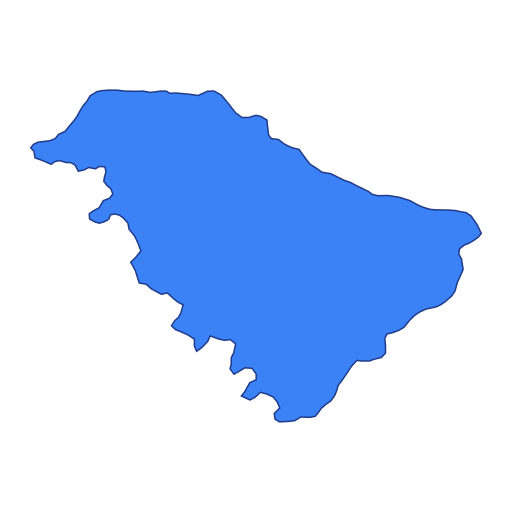 Guará, São Paulo, Brazil
{"feature_id": "56859067B28755744533037", "entity_name": "Guará", "entity_type": "district", "adm_level": 2, "iso_a3": "BRA", "parent_name": "Brazil", "parent_adm1": "São Paulo", "projection": "orthographic", "projection_center": [-47.789, -20.493], "detail": "fine", "context": "isolated", "style": "filled", "palette": "blue", "viewbox_px": 512, "rotation_deg": 0, "n_neighbors": 0, "source": "geoboundaries", "source_scale": "gbopen_adm2", "svg_char_len": 2716}
<svg xmlns="http://www.w3.org/2000/svg" viewBox="0 0 512 512"><path d="M481.3,233.4L477.3,225.0L474.5,220.8L471.1,216.0L466.0,212.6L461.2,211.8L455.6,210.6L449.3,210.1L435.0,209.8L430.0,209.3L423.5,207.4L418.2,205.2L409.9,200.6L399.8,197.4L388.0,195.5L377.8,195.7L372.3,194.4L368.5,191.5L362.6,188.6L357.1,186.0L350.3,182.4L344.4,180.4L337.2,176.9L330.9,173.7L321.9,172.2L316.5,168.3L309.9,164.1L301.9,153.5L299.1,149.4L293.9,148.2L289.6,146.7L284.3,144.0L278.5,139.5L271.4,138.6L268.6,135.0L267.4,125.4L267.0,120.0L260.5,116.3L255.9,115.3L248.6,117.5L242.0,117.5L235.7,112.9L231.7,107.9L228.7,103.9L225.4,100.0L221.5,95.2L213.9,91.0L207.2,91.3L198.1,95.5L189.9,94.3L176.1,93.0L169.9,93.3L166.1,91.1L160.1,91.1L155.2,91.9L149.9,92.4L143.1,91.1L135.3,91.3L124.9,91.1L117.8,90.2L109.8,90.1L102.4,90.6L97.0,91.6L90.1,95.8L86.8,101.5L83.9,104.7L80.5,109.9L76.7,116.9L73.4,121.3L69.7,125.6L65.3,131.2L58.5,134.4L55.1,138.7L49.5,140.8L44.4,141.4L37.9,142.2L33.6,144.3L30.7,147.8L34.0,151.3L35.0,157.9L42.2,160.4L46.8,162.4L51.2,164.3L54.8,161.6L59.5,160.6L66.5,162.6L70.8,162.6L75.1,165.1L78.3,171.2L84.3,169.8L88.7,167.5L95.5,168.8L99.2,166.5L105.0,166.8L105.9,172.2L104.5,176.9L103.8,181.4L106.9,185.3L111.0,189.0L112.8,194.0L109.6,198.2L103.4,200.6L99.1,207.8L93.0,211.0L89.2,213.8L89.6,219.0L95.0,222.0L99.4,223.2L104.5,221.7L108.7,219.2L110.6,214.8L115.2,214.0L119.5,215.2L123.2,217.9L127.9,223.0L129.1,229.3L134.6,236.0L137.7,242.5L140.9,250.8L135.8,257.3L130.7,262.2L133.3,266.7L135.4,270.8L137.2,276.6L139.2,283.0L146.0,284.2L151.6,289.0L161.5,294.3L167.3,292.9L173.5,298.6L178.0,302.2L183.1,304.9L180.8,313.1L178.4,317.4L174.7,320.7L171.5,325.8L175.6,329.7L180.0,331.4L187.9,334.9L194.4,339.2L194.4,346.1L196.6,351.3L202.1,347.3L207.7,341.4L210.2,335.9L218.3,338.9L224.4,340.3L230.3,339.6L235.6,343.9L233.8,352.7L231.3,357.6L231.2,364.3L230.0,368.8L234.0,374.2L239.3,371.2L244.9,367.8L252.1,368.3L256.2,374.0L256.2,379.7L249.8,382.7L247.5,386.8L244.7,391.8L241.4,396.0L250.0,400.0L255.3,397.1L260.4,392.3L266.9,394.1L272.9,396.8L277.0,401.5L279.8,407.9L274.2,413.5L275.1,419.2L279.5,421.9L288.5,421.4L294.7,420.7L300.8,417.0L310.2,417.3L315.3,416.3L318.4,412.4L321.2,408.4L325.8,404.4L330.8,400.9L334.8,395.3L336.9,390.0L338.2,385.3L341.3,381.4L347.2,372.8L351.5,366.2L356.7,360.5L362.1,361.0L369.3,361.0L374.3,359.2L381.3,357.5L385.5,353.1L385.5,346.1L384.8,338.2L387.2,333.8L391.6,333.0L399.0,330.3L404.0,327.3L409.5,320.4L414.5,315.5L419.3,312.2L425.6,309.2L436.3,306.8L440.6,304.8L445.0,301.8L451.8,295.9L455.0,291.0L457.4,282.3L460.8,274.9L463.1,269.5L461.5,258.8L458.8,254.2L459.5,248.9L464.1,245.2L469.4,243.0L473.8,240.3L478.0,237.4L481.3,233.4Z" fill="#3b82f6" stroke="#1e3a8a" stroke-width="1.5"/></svg>